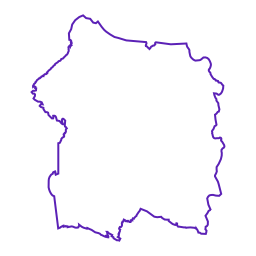 the district of Kota Pekanbaru, Riau, Indonesia
{"feature_id": "22746128B3549150233660", "entity_name": "Kota Pekanbaru", "entity_type": "district", "adm_level": 2, "iso_a3": "IDN", "parent_name": "Indonesia", "parent_adm1": "Riau", "projection": "robinson", "projection_center": [101.448, 0.555], "detail": "fine", "context": "isolated", "style": "outline", "palette": "violet", "viewbox_px": 256, "rotation_deg": 0, "n_neighbors": 0, "source": "geoboundaries", "source_scale": "gbopen_adm2", "svg_char_len": 5668}
<svg xmlns="http://www.w3.org/2000/svg" viewBox="0 0 256 256"><path d="M69.3,39.8L70.5,40.0L70.9,40.5L70.8,41.0L71.2,41.2L71.2,41.7L71.0,42.3L71.3,42.4L71.2,42.9L71.3,42.8L71.4,42.4L71.6,42.5L71.7,43.4L71.5,43.9L71.3,43.7L71.1,43.8L71.2,44.3L70.9,44.7L71.1,45.0L70.6,45.0L70.7,45.7L70.4,45.7L70.3,46.1L70.1,45.6L69.8,46.1L69.3,46.1L69.1,46.2L69.1,46.8L68.7,46.9L68.4,47.2L68.7,48.6L68.5,49.1L68.7,49.4L68.7,51.0L67.9,52.8L67.9,53.1L67.2,54.3L67.0,54.6L66.1,55.1L65.5,55.9L63.6,57.7L63.3,58.3L62.2,58.8L61.3,59.0L60.9,59.9L60.3,60.7L58.6,61.2L57.8,62.2L55.2,63.9L54.8,65.0L53.7,65.6L52.4,67.3L51.4,67.8L50.6,69.1L48.6,70.6L47.7,71.8L47.3,72.1L47.3,72.4L46.8,72.6L46.7,73.2L47.0,73.4L46.5,73.9L46.1,74.1L45.2,74.1L44.6,74.3L44.3,74.8L43.0,75.6L43.2,76.1L42.4,76.1L41.9,76.5L41.5,76.5L41.2,77.1L40.2,77.6L40.2,78.0L39.6,78.4L38.8,78.5L38.7,78.8L38.0,79.4L37.0,80.1L35.8,82.1L35.5,82.1L35.1,83.2L34.2,83.8L33.0,86.0L33.1,86.9L34.1,86.2L35.4,86.9L35.1,88.0L36.2,88.3L36.0,90.4L34.4,90.8L33.0,90.8L31.6,92.1L32.9,93.7L34.4,93.7L35.0,94.4L34.9,96.1L33.5,98.5L34.7,99.7L38.1,101.7L40.1,101.7L41.7,102.3L42.6,104.3L41.0,104.1L39.7,105.9L40.9,107.0L43.4,107.8L43.5,109.2L45.4,112.1L46.8,112.1L48.1,112.7L48.5,115.0L51.9,118.4L53.1,118.4L53.4,117.8L53.2,115.8L54.2,115.7L55.3,116.1L56.0,117.2L56.9,120.5L59.5,121.0L61.5,123.4L62.6,124.2L62.9,124.2L62.9,123.7L62.5,122.9L62.0,121.0L61.9,119.9L62.2,119.1L62.9,118.7L63.5,118.9L65.2,120.6L64.8,125.4L65.0,126.5L66.0,127.2L66.8,128.4L66.0,129.1L65.8,130.0L65.9,131.7L65.5,132.5L65.3,132.9L64.8,132.9L64.7,133.4L64.3,133.5L63.8,134.1L64.0,134.3L63.8,134.5L63.7,134.9L64.2,135.9L64.1,136.5L63.6,137.1L62.7,137.4L61.8,138.3L61.3,139.0L61.3,139.7L61.1,140.3L60.8,140.7L60.6,141.4L60.3,141.8L60.0,142.6L59.7,142.9L58.3,143.2L58.3,173.6L55.7,174.7L55.2,173.1L55.5,172.4L55.1,171.4L53.3,172.2L53.1,172.4L52.8,173.2L52.8,173.7L51.4,174.5L50.8,175.1L49.5,177.1L48.9,178.8L48.7,180.5L48.6,187.3L49.1,189.4L49.9,191.6L51.0,193.6L51.7,194.6L52.6,195.5L54.2,196.2L58.2,228.4L60.2,227.6L60.5,227.2L61.2,226.8L63.4,225.6L63.6,225.6L63.7,226.7L65.6,226.1L65.7,226.4L66.3,226.3L67.5,226.3L67.6,227.2L71.5,226.4L72.8,226.6L75.2,227.6L77.1,227.7L77.4,227.5L78.3,227.4L78.7,226.4L78.9,226.3L79.2,225.4L79.1,224.7L81.8,226.8L83.6,227.7L86.9,228.7L87.2,227.9L87.7,228.1L88.5,228.6L91.6,229.9L95.2,232.3L98.5,233.1L100.0,233.8L100.9,234.8L101.8,235.1L104.7,236.5L105.6,236.8L105.8,236.0L106.5,236.3L107.3,237.2L108.3,237.3L108.4,236.5L107.9,235.4L107.3,235.3L107.3,235.2L107.3,233.3L107.1,232.4L107.4,232.0L107.3,231.9L107.6,231.9L108.4,233.0L112.2,235.0L111.6,236.2L113.4,237.2L113.6,238.3L117.0,240.3L118.2,240.2L119.3,240.6L120.3,238.6L117.8,237.0L118.9,235.9L118.6,234.6L118.9,234.6L119.1,233.7L118.9,233.4L119.2,233.0L119.1,232.4L119.8,231.7L119.9,230.3L120.2,229.6L119.1,228.8L119.2,228.2L119.9,227.0L120.3,227.1L121.1,226.9L121.6,226.3L122.0,225.2L122.0,224.5L121.8,223.9L121.9,222.9L122.3,222.0L122.7,222.2L123.6,220.3L123.8,219.6L124.7,220.0L124.5,220.5L125.6,221.2L127.0,221.3L127.0,221.2L127.5,221.4L127.7,220.9L127.9,220.9L127.9,221.3L129.0,221.5L129.6,222.0L130.3,222.0L130.4,221.7L130.7,221.7L130.8,220.4L131.2,220.5L131.2,220.3L132.2,220.3L132.0,219.8L132.4,219.2L132.9,218.8L133.0,218.4L133.8,218.7L133.9,218.4L135.6,216.5L136.4,216.0L136.7,215.0L138.7,212.0L139.6,211.0L140.6,208.8L146.9,211.3L154.3,216.7L157.2,217.2L161.2,216.8L162.2,218.0L164.6,219.5L166.7,219.7L168.7,219.7L168.7,221.0L172.6,224.0L175.3,225.0L176.0,224.6L176.4,223.3L177.1,223.5L177.1,225.4L178.2,226.7L179.4,226.7L183.8,227.4L185.7,227.4L186.1,227.8L187.2,227.6L190.3,227.4L194.6,227.8L196.5,228.9L196.5,228.7L197.6,230.3L198.4,232.6L199.6,232.6L201.2,233.7L205.8,233.9L206.3,232.2L206.5,230.6L205.4,229.3L205.7,226.7L207.0,226.0L207.8,224.7L207.9,221.5L205.5,215.8L207.5,213.0L208.6,210.9L210.6,209.8L210.8,210.2L208.4,204.7L207.2,198.4L208.1,196.7L209.4,195.4L211.0,195.0L213.0,194.9L215.9,195.6L219.2,195.8L221.2,193.9L218.7,184.2L217.9,181.6L215.0,176.4L215.0,175.4L216.2,173.1L216.8,171.4L216.6,169.5L216.6,167.1L218.7,163.9L220.9,159.1L221.7,155.7L221.8,152.8L221.5,151.8L221.5,149.9L222.7,148.3L223.7,147.8L224.4,146.7L224.2,145.2L223.7,144.3L222.2,141.8L221.1,140.6L221.1,139.5L221.4,139.0L221.1,138.1L220.6,137.7L219.8,137.6L219.5,137.9L218.8,138.2L216.7,138.2L215.6,138.4L214.7,138.3L214.0,138.0L213.3,137.3L212.7,135.5L212.5,134.3L212.1,133.4L212.3,132.5L212.0,131.3L212.2,130.7L213.5,129.0L214.6,126.2L215.9,125.5L216.5,124.8L215.5,119.4L215.0,114.7L216.5,113.6L217.7,111.9L218.8,111.6L219.4,109.3L218.4,105.1L218.3,103.2L216.4,100.6L216.4,99.1L215.4,97.7L214.4,95.1L214.0,93.3L216.6,93.6L218.3,94.8L219.3,94.7L220.9,93.5L222.0,91.8L222.5,90.4L223.1,88.5L223.3,85.6L222.2,84.6L221.4,83.4L220.9,82.9L219.6,82.5L218.7,82.5L218.5,82.4L218.0,81.0L217.3,81.0L216.6,80.4L215.7,80.5L215.3,79.7L214.6,79.0L213.7,78.9L212.1,76.8L210.5,74.1L210.5,73.3L210.2,72.5L209.4,71.8L208.8,70.7L208.9,69.4L209.7,68.7L210.5,66.8L210.9,65.1L210.9,64.1L210.5,62.8L209.8,61.1L208.8,59.3L207.3,58.0L205.4,57.4L203.4,57.5L202.1,58.6L200.5,59.9L199.5,60.2L195.4,60.6L194.4,60.2L193.2,59.5L191.4,57.8L190.4,56.4L190.0,54.8L189.4,51.8L189.4,50.2L188.8,49.0L187.4,47.1L186.9,45.9L186.4,43.5L170.8,44.3L155.9,42.3L155.4,42.6L155.2,42.9L155.1,43.5L155.3,44.3L154.4,45.2L153.9,45.6L153.2,45.5L152.0,46.3L151.5,46.4L150.9,47.0L150.2,48.3L149.4,49.0L149.0,48.3L148.2,47.9L147.0,46.5L145.9,46.1L145.8,45.7L145.8,45.4L146.5,43.3L146.1,42.1L126.3,40.4L118.5,38.0L114.5,37.0L110.1,34.4L106.1,31.6L104.1,29.8L101.7,26.9L97.9,21.5L95.9,23.2L93.2,22.6L90.2,18.8L86.1,18.1L83.1,15.4L79.3,17.0L75.2,20.2L72.2,24.5L71.2,29.1L68.9,33.3L69.3,39.8Z" fill="none" stroke="#5b21b6" stroke-width="2"/></svg>